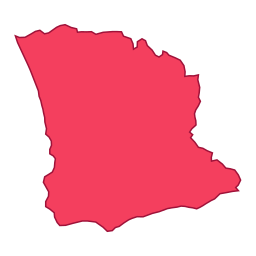 Surubim, Pernambuco, Brazil (Mercator projection)
{"feature_id": "56859067B76326707509966", "entity_name": "Surubim", "entity_type": "district", "adm_level": 2, "iso_a3": "BRA", "parent_name": "Brazil", "parent_adm1": "Pernambuco", "projection": "mercator", "projection_center": [-35.746, -7.891], "detail": "fine", "context": "isolated", "style": "filled", "palette": "rose", "viewbox_px": 256, "rotation_deg": 0, "n_neighbors": 0, "source": "geoboundaries", "source_scale": "gbopen_adm2", "svg_char_len": 1782}
<svg xmlns="http://www.w3.org/2000/svg" viewBox="0 0 256 256"><path d="M175.2,57.8L168.9,55.2L166.7,52.6L163.0,51.1L162.5,54.6L159.0,57.0L155.4,55.2L152.1,50.1L147.3,45.6L145.5,40.7L142.0,38.8L137.4,41.7L137.2,47.0L133.5,49.2L133.0,43.8L130.8,38.7L123.5,36.2L121.5,31.8L116.4,31.6L112.7,31.6L103.1,32.3L95.9,34.3L91.5,31.7L86.7,31.9L81.4,31.8L77.5,32.2L76.6,28.8L71.2,27.5L65.1,24.7L60.3,25.6L56.6,27.3L48.7,32.9L44.5,33.8L39.9,30.3L35.4,31.4L31.0,34.0L25.1,37.3L19.4,37.5L15.4,35.9L17.6,42.6L27.9,64.7L30.2,69.9L38.4,90.9L39.1,96.3L40.8,100.6L41.9,105.6L42.9,109.0L43.6,112.9L44.7,117.5L44.9,122.0L46.5,128.7L45.7,134.1L49.1,137.1L51.3,141.0L51.5,145.3L49.8,149.4L49.8,153.8L53.3,155.9L55.4,158.7L54.8,162.6L54.4,167.5L52.4,172.0L49.5,173.9L44.7,176.8L43.4,182.3L48.7,191.8L48.5,196.3L45.7,201.6L45.7,206.6L49.8,209.1L54.2,212.7L54.6,217.1L57.2,222.5L59.8,225.5L65.6,225.3L72.9,223.3L82.3,221.0L87.6,221.0L95.7,222.0L103.1,227.2L107.3,231.3L112.3,230.6L115.4,227.5L119.2,226.4L123.9,222.9L128.7,219.8L131.9,218.4L137.0,216.7L143.1,216.8L152.3,213.4L159.1,211.7L167.4,208.6L171.7,207.8L177.0,207.1L181.1,206.1L185.1,206.4L189.0,207.3L192.7,207.8L196.7,208.8L199.9,207.3L202.9,205.6L205.8,203.7L211.0,200.6L214.6,198.9L220.0,193.7L226.3,192.6L232.5,191.4L238.4,190.7L235.7,187.5L238.2,185.1L240.6,180.1L238.3,174.9L234.7,170.0L230.3,168.8L225.8,168.1L222.4,164.1L217.0,159.9L211.5,161.1L211.3,157.4L212.4,152.9L207.1,150.7L202.9,148.3L198.4,147.3L194.9,142.3L190.6,137.7L192.7,134.7L189.6,132.1L191.9,128.7L196.0,125.0L195.8,120.7L194.9,117.1L194.5,113.7L195.7,110.0L198.4,105.7L200.4,101.3L198.4,97.3L199.2,92.8L199.7,87.4L197.8,79.8L198.4,74.9L193.8,75.9L189.2,75.8L184.8,76.4L185.1,71.8L183.9,65.6L180.2,60.2L175.2,57.8Z" fill="#f43f5e" stroke="#9f1239" stroke-width="1.5"/></svg>